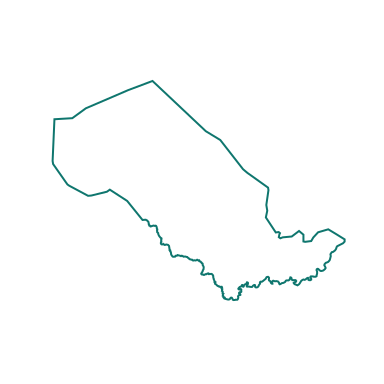 Kala Balge, Borno, Nigeria (Albers equal-area conic projection), rotated 123°
{"feature_id": "59680162B27876975276040", "entity_name": "Kala Balge", "entity_type": "district", "adm_level": 2, "iso_a3": "NGA", "parent_name": "Nigeria", "parent_adm1": "Borno", "projection": "albers", "projection_center": [14.602, 11.905], "detail": "fine", "context": "isolated", "style": "outline", "palette": "teal", "viewbox_px": 384, "rotation_deg": 123, "n_neighbors": 0, "source": "geoboundaries", "source_scale": "gbopen_adm2", "svg_char_len": 5882}
<svg xmlns="http://www.w3.org/2000/svg" viewBox="0 0 384 384"><g transform="rotate(123 192 192)"><path d="M133.5,213.5L120.4,285.6L141.3,301.0L179.6,326.6L195.3,332.6L205.9,347.0L241.9,325.8L244.2,323.7L252.2,303.9L253.5,300.6L253.6,298.4L251.8,277.1L249.8,274.5L238.1,263.5L234.8,262.2L234.8,241.5L242.4,218.3L240.5,215.8L240.4,215.5L240.5,214.9L240.3,214.3L240.8,212.3L241.0,212.0L241.6,211.6L242.0,211.0L242.5,210.8L242.7,210.6L242.9,210.2L242.9,209.8L243.1,209.6L243.4,209.5L243.2,208.5L243.5,208.2L243.4,207.8L242.5,207.2L241.6,206.4L241.3,206.2L240.9,205.6L240.9,205.2L240.7,204.8L240.4,204.4L240.0,204.1L240.0,203.7L240.2,203.2L240.7,202.5L241.1,202.1L241.6,201.8L241.9,201.4L242.0,201.0L242.2,200.8L242.3,200.7L242.8,200.7L243.1,200.6L243.6,199.9L244.4,199.6L244.7,199.2L244.8,198.6L244.8,198.1L245.9,197.1L246.7,195.8L247.2,194.4L247.3,194.1L247.4,193.7L247.6,193.2L247.6,192.9L247.4,192.5L247.5,192.3L248.7,191.7L249.0,191.8L249.4,191.4L250.0,191.1L250.1,190.8L250.3,190.7L251.2,190.6L251.4,190.5L251.9,190.3L252.4,189.6L252.5,189.2L252.4,188.7L251.7,188.0L251.8,187.9L251.7,187.7L251.4,187.4L251.2,187.5L251.2,187.2L251.3,186.8L251.3,186.1L251.1,185.8L250.5,185.4L250.0,184.9L249.4,183.3L249.5,182.9L249.7,182.0L250.0,181.6L250.6,181.2L251.0,180.7L251.6,180.3L252.2,179.5L252.4,179.3L252.9,179.3L253.0,178.9L252.8,178.5L252.8,178.4L253.1,178.2L253.6,178.1L253.8,177.7L253.9,177.0L255.8,175.4L256.4,174.0L256.7,173.1L256.6,172.6L256.3,172.2L256.0,171.7L255.7,171.4L255.4,171.0L255.3,170.9L254.8,170.9L254.4,171.0L254.2,170.8L253.6,169.9L252.8,169.8L251.9,167.1L251.8,166.3L251.1,166.0L251.0,165.8L250.9,165.6L250.9,164.7L250.7,164.3L250.8,163.8L249.9,162.7L249.6,162.0L249.5,161.4L249.1,160.5L249.2,160.2L249.4,159.8L249.3,158.7L249.7,157.5L249.5,157.0L249.2,156.4L249.2,155.7L248.7,155.0L248.7,154.8L248.9,154.2L248.9,153.8L248.7,153.5L248.0,152.9L247.8,152.4L247.6,151.9L247.3,151.5L246.3,150.9L246.0,150.8L245.9,150.5L246.0,149.8L246.0,149.5L245.7,149.2L245.4,148.8L245.7,148.5L246.0,148.4L246.1,148.0L245.8,147.6L245.7,146.7L246.1,146.0L246.0,145.4L246.4,144.9L246.3,144.1L247.0,143.5L247.5,143.2L247.9,142.3L248.5,141.4L248.9,141.1L249.6,140.8L250.3,140.3L250.8,140.3L251.3,140.2L251.8,140.3L252.6,139.9L253.6,139.8L254.2,140.0L255.0,139.7L255.4,139.7L255.6,139.7L255.8,138.6L255.2,137.9L255.2,137.1L254.7,136.4L253.6,136.0L253.2,135.2L252.2,134.8L251.4,134.1L251.3,133.9L251.4,133.7L251.8,133.3L251.8,133.2L251.7,133.0L251.1,132.6L250.6,131.7L250.2,131.3L250.0,130.8L250.1,130.1L250.3,129.7L250.3,129.3L250.6,128.8L250.8,128.7L251.0,128.3L251.6,128.0L252.2,127.5L252.5,127.2L252.7,126.7L253.4,126.2L254.1,125.0L254.4,124.7L255.2,124.2L255.5,123.9L255.5,123.7L255.4,123.6L255.1,123.5L254.8,123.4L254.8,123.2L255.7,123.0L256.4,122.7L256.5,122.5L256.4,121.1L256.7,120.3L256.8,119.5L256.7,118.6L256.4,118.3L256.6,117.9L256.6,117.5L256.0,116.3L255.6,116.0L255.3,115.4L255.7,114.8L256.2,114.9L256.6,114.9L256.7,114.4L257.0,114.0L257.0,113.7L257.6,113.7L257.9,113.3L258.7,113.0L258.7,112.4L259.0,111.8L260.1,111.4L260.1,111.0L260.2,110.6L260.2,110.3L260.6,110.3L260.9,110.4L261.2,110.3L261.6,109.9L262.3,109.7L262.2,109.1L262.6,108.5L263.2,108.4L263.4,107.8L262.9,107.5L262.7,107.1L262.9,106.7L263.6,106.5L263.4,105.7L262.7,103.5L262.2,102.6L261.7,102.2L260.9,101.9L260.1,102.0L259.4,101.8L259.1,101.4L259.0,101.0L259.5,99.9L259.9,99.4L260.1,99.2L260.1,98.8L260.0,98.3L259.1,97.1L258.5,96.7L258.0,95.8L257.6,95.3L256.9,95.2L255.5,95.6L255.0,95.9L254.4,96.6L253.6,96.6L252.8,96.3L252.2,95.5L251.9,95.4L251.6,95.7L251.5,96.1L251.6,96.6L251.5,97.2L250.9,97.6L250.2,97.5L249.6,96.6L249.2,96.4L248.9,96.3L248.3,96.6L247.8,97.1L247.0,97.5L246.9,97.9L246.8,98.3L247.2,98.6L247.7,98.9L248.1,99.3L248.1,99.7L248.1,100.2L247.8,100.5L247.3,100.5L246.4,100.4L245.6,100.2L244.1,99.2L242.9,99.4L242.6,99.1L242.8,98.6L243.3,98.4L243.6,97.9L243.6,97.5L243.0,97.2L241.8,97.6L240.9,97.4L240.4,97.0L239.6,96.6L239.2,96.5L237.8,96.7L237.7,96.5L237.6,96.1L237.7,95.6L238.1,95.3L238.8,95.0L239.3,95.0L240.0,95.2L240.7,95.0L241.2,94.8L241.4,94.4L241.2,94.0L240.6,93.3L239.5,90.8L239.0,90.0L238.4,89.8L237.4,89.8L236.1,89.2L235.8,88.7L235.9,88.3L237.0,87.6L237.2,87.3L237.3,86.8L237.1,86.2L236.3,85.3L235.5,85.0L234.9,84.9L233.9,85.2L232.2,85.0L231.4,85.2L231.2,85.6L230.6,85.8L230.2,85.8L229.7,85.5L229.5,84.9L229.0,84.4L228.0,84.0L224.6,82.9L223.0,83.1L222.4,82.8L221.7,82.0L221.8,81.1L222.1,80.6L223.7,79.8L224.2,79.2L224.2,77.8L225.3,76.1L225.4,75.1L225.1,74.6L224.6,74.9L224.1,75.7L223.1,76.0L222.2,75.6L221.7,73.8L220.7,72.6L220.2,71.1L220.6,69.8L221.5,68.8L221.6,68.1L220.9,67.6L219.5,67.0L218.5,65.9L217.5,65.3L216.6,64.9L215.3,65.0L214.6,64.5L213.6,62.9L212.3,62.4L211.4,62.7L210.0,63.0L209.8,62.4L210.0,61.7L210.8,61.0L211.3,59.9L209.5,57.1L209.9,56.1L210.8,56.0L211.6,56.5L212.1,57.0L212.9,57.2L213.2,56.5L213.4,55.7L213.2,55.0L212.8,52.7L211.1,52.0L209.9,51.9L207.1,52.0L205.6,51.5L204.7,50.9L204.4,49.8L203.5,49.1L201.8,48.7L200.8,48.0L200.9,47.3L201.6,47.2L202.2,46.6L202.2,45.9L201.6,44.8L200.6,44.3L200.0,44.6L199.0,46.3L198.7,46.5L198.4,46.5L198.1,46.4L197.4,45.4L196.8,44.3L196.8,43.9L196.0,42.5L195.1,41.8L194.6,41.7L193.9,42.2L192.7,42.5L192.0,42.8L190.4,43.9L189.9,44.8L189.5,45.1L188.8,45.3L188.4,45.1L187.9,44.7L187.8,44.2L187.9,43.5L188.1,42.7L188.2,41.3L187.8,40.5L186.7,39.4L185.9,39.0L184.2,38.5L183.1,38.5L182.6,38.9L181.3,41.2L180.3,41.5L178.5,41.2L177.5,40.4L176.4,39.7L174.3,39.4L173.1,39.7L170.2,40.7L168.8,42.0L166.4,42.0L165.3,41.0L163.0,40.2L161.2,40.2L159.6,40.7L158.4,40.7L152.7,37.4L150.5,37.0L148.6,38.2L148.8,48.4L149.1,57.4L157.1,64.3L164.1,65.5L168.2,65.3L172.2,70.0L172.8,71.6L167.1,75.3L166.4,81.0L175.0,84.1L180.6,91.2L182.7,92.7L182.6,94.6L180.0,95.6L178.6,95.8L178.4,97.5L180.3,99.7L173.1,116.2L166.7,118.7L162.4,122.6L148.8,128.9L146.9,130.6L145.8,156.0L145.1,161.6L133.0,196.6L133.5,213.5Z" fill="none" stroke="#0f766e" stroke-width="2"/></g></svg>